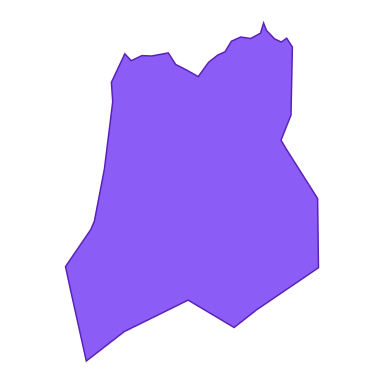 Encanto, Rio Grande do Norte, Brazil
{"feature_id": "56859067B83972038647680", "entity_name": "Encanto", "entity_type": "district", "adm_level": 2, "iso_a3": "BRA", "parent_name": "Brazil", "parent_adm1": "Rio Grande do Norte", "projection": "natural_earth1", "projection_center": [-38.305, -6.133], "detail": "fine", "context": "isolated", "style": "filled", "palette": "violet", "viewbox_px": 384, "rotation_deg": 0, "n_neighbors": 0, "source": "geoboundaries", "source_scale": "gbopen_adm2", "svg_char_len": 572}
<svg xmlns="http://www.w3.org/2000/svg" viewBox="0 0 384 384"><path d="M124.8,53.8L111.4,82.4L112.7,101.9L104.4,169.0L94.4,221.1L90.7,229.7L65.5,266.6L70.2,288.4L86.3,361.0L124.2,331.6L188.1,300.1L234.1,327.5L256.6,309.8L318.5,267.7L317.6,198.5L286.6,149.6L281.0,140.2L291.0,115.1L292.4,47.1L286.7,38.2L281.3,42.0L274.6,38.9L266.5,30.5L263.6,23.0L260.5,33.2L250.6,38.5L240.8,37.0L231.4,41.2L225.0,51.8L217.7,55.1L208.6,62.3L198.2,76.6L187.8,70.7L175.7,64.5L168.3,52.9L151.6,56.0L141.9,55.6L131.2,60.7L124.8,53.8Z" fill="#8b5cf6" stroke="#5b21b6" stroke-width="1.5"/></svg>